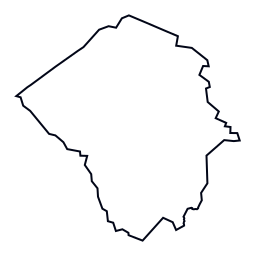 Pitt, North Carolina, United States of America
{"feature_id": "52423323B49517709144014", "entity_name": "Pitt", "entity_type": "district", "adm_level": 2, "iso_a3": "USA", "parent_name": "United States of America", "parent_adm1": "North Carolina", "projection": "mercator", "projection_center": [-77.336, 35.58], "detail": "fine", "context": "isolated", "style": "outline", "palette": "ink", "viewbox_px": 256, "rotation_deg": 0, "n_neighbors": 0, "source": "geoboundaries", "source_scale": "gbopen_adm2", "svg_char_len": 1121}
<svg xmlns="http://www.w3.org/2000/svg" viewBox="0 0 256 256"><path d="M201.8,200.3L201.1,192.9L207.4,183.3L206.5,155.6L224.2,140.1L233.8,141.1L239.7,140.5L237.3,133.1L230.3,133.0L230.5,127.0L224.9,126.3L226.2,122.9L215.7,118.2L218.8,111.5L207.7,102.0L206.0,88.5L209.8,87.0L208.8,81.8L199.4,74.9L203.1,66.0L208.7,66.3L207.3,60.2L191.8,47.9L176.2,45.7L177.9,36.2L166.8,31.5L143.4,21.5L128.9,15.4L121.9,18.3L116.1,27.7L108.6,26.2L99.1,29.7L83.5,47.1L77.8,50.9L55.2,66.9L32.6,83.6L30.7,85.0L29.2,86.0L27.4,87.2L16.3,96.1L20.6,97.3L23.2,105.7L30.2,110.9L49.1,133.9L55.4,135.4L63.4,142.2L67.2,149.1L80.0,151.5L80.4,155.7L87.2,155.9L84.8,165.0L91.2,174.1L91.8,181.2L97.5,188.3L98.0,196.7L102.4,208.7L106.8,211.2L107.9,221.2L113.2,222.7L115.9,231.0L122.4,229.3L128.4,232.8L128.6,235.2L142.6,240.6L163.1,217.8L172.7,222.2L176.1,230.0L184.1,225.6L184.0,224.1L183.6,223.5L184.0,221.7L184.5,221.1L183.9,219.4L184.3,218.3L184.0,217.4L183.5,216.8L187.6,208.8L191.4,207.8L192.2,208.1L192.3,209.0L193.8,209.3L195.4,209.0L197.0,209.2L198.1,208.3L198.1,207.6L199.8,204.0L201.8,200.3Z" fill="none" stroke="#020617" stroke-width="2"/></svg>